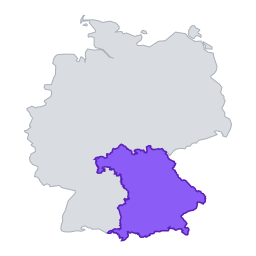 Bayern on a map of Germany (Natural Earth projection)
{"feature_id": "DEU-1591", "entity_name": "Bayern", "entity_type": "State", "adm_level": 1, "iso_a3": "DEU", "parent_name": "Germany", "parent_adm1": "", "projection": "natural_earth1", "projection_center": [10.676, 48.917], "detail": "fine", "context": "in_parent", "style": "filled", "palette": "violet", "viewbox_px": 256, "rotation_deg": 0, "n_neighbors": 0, "source": "natural_earth", "source_scale": "10m", "svg_char_len": 9459}
<svg xmlns="http://www.w3.org/2000/svg" viewBox="0 0 256 256"><path d="M106.9,233.2L99.0,228.9L92.0,229.3L90.9,227.9L88.5,228.0L84.9,225.8L81.8,227.1L81.0,228.4L81.2,229.1L84.4,229.2L84.9,229.9L81.6,231.2L76.3,230.8L70.0,232.0L64.7,231.8L61.6,230.8L60.8,228.8L61.1,225.9L62.4,222.0L62.8,219.1L62.3,217.3L63.0,214.6L65.1,211.0L68.3,200.6L75.3,193.2L75.2,190.7L63.3,188.1L61.3,187.4L59.6,185.5L50.1,186.6L49.4,184.7L46.9,183.8L44.2,185.4L43.3,185.2L39.7,180.6L38.8,178.4L37.1,177.0L34.5,176.7L35.4,172.4L37.8,169.2L38.0,166.6L32.7,164.5L30.1,161.5L29.5,158.0L31.1,154.0L35.5,151.5L35.0,147.6L31.4,145.5L31.1,144.9L32.7,143.4L27.3,138.9L28.6,134.5L27.7,133.1L25.2,132.2L24.4,130.8L26.3,130.5L30.6,127.4L30.8,126.9L29.6,126.5L29.5,125.2L32.4,118.7L32.3,117.6L30.0,114.4L30.0,113.3L26.9,109.7L27.0,108.5L31.9,106.2L36.2,107.9L37.7,106.9L39.8,107.0L44.9,105.4L46.3,103.4L44.4,101.8L44.6,100.5L50.4,96.9L51.3,95.1L51.7,91.9L51.0,90.7L50.3,90.0L45.4,89.4L44.1,87.5L44.6,85.0L45.5,84.6L51.4,84.6L53.8,77.3L55.3,75.0L55.8,66.0L52.7,63.3L54.0,58.1L56.2,55.3L58.0,54.6L65.7,54.1L74.1,54.3L77.6,58.5L76.2,60.7L78.3,61.7L79.3,61.3L80.6,57.3L81.3,56.7L84.8,59.3L84.8,62.8L85.9,58.1L85.2,54.9L85.7,51.7L87.7,49.0L93.9,50.1L100.8,49.6L103.4,50.8L109.2,56.9L113.6,58.2L110.2,56.9L103.1,49.5L95.7,47.6L94.1,45.4L94.2,38.0L91.5,36.5L88.4,37.1L88.0,35.4L88.5,34.1L95.3,32.1L95.4,30.1L89.4,22.9L89.2,19.8L94.3,19.9L100.6,21.4L102.1,22.5L110.1,21.1L116.2,23.2L119.0,26.3L119.2,28.9L115.6,32.0L121.7,31.5L123.2,33.8L126.5,33.0L134.7,36.4L141.0,34.7L142.1,37.5L140.9,40.3L136.5,43.3L137.4,45.2L138.8,45.6L143.0,45.2L149.6,47.0L158.3,41.3L165.3,40.7L175.5,32.1L185.6,33.7L188.3,37.4L195.0,41.4L201.1,41.1L203.4,44.9L204.4,49.6L208.0,52.1L213.2,53.2L214.2,58.1L216.9,65.9L216.9,68.3L216.0,71.0L214.3,73.3L210.9,76.0L210.7,77.5L219.5,84.2L221.9,87.6L220.6,92.4L222.0,94.8L223.4,95.6L224.0,96.8L224.1,99.6L225.2,100.4L223.5,105.5L221.9,107.6L222.4,109.4L224.8,112.6L224.8,116.5L229.7,119.1L231.6,124.4L230.5,128.9L226.2,137.0L222.7,135.9L222.9,134.2L222.3,134.1L221.1,131.9L216.0,130.6L214.5,131.6L217.1,134.6L206.5,138.6L198.8,140.3L196.1,143.3L194.7,142.7L191.6,144.0L190.4,145.9L186.6,146.5L185.0,148.9L180.9,148.2L176.0,149.3L173.9,150.6L169.9,155.5L166.6,151.7L165.8,151.7L165.6,152.9L167.6,155.6L168.3,157.9L174.1,162.0L175.3,163.8L172.6,168.3L178.2,176.4L182.4,180.3L184.7,180.3L189.9,185.3L193.3,187.1L195.9,190.6L199.3,191.1L204.4,195.3L205.5,196.7L204.9,202.0L202.4,203.9L198.0,202.1L195.5,208.6L184.6,213.2L181.5,216.1L181.5,217.0L186.0,222.4L186.0,224.9L184.7,227.4L187.9,228.1L188.4,229.3L187.5,234.5L182.8,232.7L181.9,229.8L179.9,228.9L175.2,229.9L168.9,227.5L168.3,230.4L157.5,231.4L150.0,234.3L147.9,236.1L141.9,237.0L140.5,236.9L138.0,233.3L128.0,232.4L126.4,237.8L125.1,239.4L122.1,240.4L122.5,237.9L119.4,237.0L119.2,235.4L117.2,233.7L112.1,231.7L109.8,233.1L106.9,233.2ZM200.7,34.6L201.3,36.5L200.7,37.4L198.2,35.8L195.7,35.8L194.2,38.3L193.1,38.5L189.2,36.2L188.6,35.1L188.8,30.0L190.0,28.9L190.2,27.3L192.3,25.6L194.2,25.6L195.8,27.9L199.5,29.5L199.8,30.2L197.8,32.2L198.3,33.3L200.7,34.6ZM212.0,46.9L212.1,49.1L205.7,48.9L205.2,47.2L205.6,45.6L203.4,43.8L203.4,41.8L212.0,46.9ZM82.0,21.3L80.6,23.6L80.9,19.6L83.4,15.4L84.4,15.5L83.0,17.4L82.8,19.9L88.3,20.1L87.6,20.8L82.0,21.3ZM146.9,33.6L143.5,33.6L140.9,32.2L142.5,30.3L145.8,31.2L146.9,33.6ZM87.3,25.2L86.4,25.9L83.2,25.1L85.6,23.8L87.0,24.2L87.3,25.2Z" fill="#d9dde1" stroke="#a8b0b8" stroke-width="1"/><path d="M165.9,151.6L165.3,151.6L166.0,152.3L166.1,152.7L166.1,153.1L165.4,153.7L167.6,155.4L167.8,156.2L167.7,157.3L167.9,157.7L168.9,158.4L169.2,159.4L173.1,161.2L173.9,161.3L174.3,161.6L174.2,162.7L175.6,163.5L175.3,164.5L174.7,165.8L174.2,165.7L174.0,167.2L172.7,167.8L172.4,168.2L173.3,169.5L175.0,170.4L175.2,170.7L175.0,171.4L175.3,171.5L175.2,171.8L176.2,172.5L176.6,173.8L177.0,174.7L178.0,175.0L178.1,176.5L178.4,177.4L180.4,178.5L181.2,179.9L181.5,180.2L183.3,180.5L183.8,180.4L183.7,180.1L184.0,180.0L185.2,180.4L186.6,181.3L186.9,182.1L187.9,183.0L190.1,185.4L190.8,186.5L191.4,186.8L192.8,186.8L193.6,187.2L195.2,188.8L195.5,189.3L195.5,190.1L195.9,190.6L197.3,191.5L197.8,191.7L198.2,190.9L198.6,190.8L200.3,191.5L200.7,191.5L200.8,192.0L201.4,193.0L202.2,193.5L203.4,193.8L205.1,196.4L205.5,196.7L204.8,198.2L205.6,198.8L205.3,199.1L205.2,199.4L205.3,201.3L204.6,202.5L203.7,202.8L203.3,203.9L202.3,203.5L202.0,203.0L201.2,202.6L198.8,202.1L197.3,202.4L197.0,202.8L197.4,204.1L197.0,205.2L196.9,206.6L196.2,208.2L193.2,210.2L190.1,210.7L187.7,211.5L185.4,213.1L183.8,213.4L182.9,214.5L181.0,215.9L181.1,216.7L181.5,217.3L183.1,218.8L183.9,220.3L185.5,221.4L186.3,223.0L186.9,223.7L185.4,225.7L185.2,226.5L184.6,227.3L185.0,227.7L186.3,227.9L187.6,227.6L188.6,228.8L188.9,229.6L188.8,230.3L188.5,231.0L188.0,231.4L188.1,232.1L187.8,232.7L188.0,234.1L187.2,234.9L186.5,234.6L185.9,234.8L184.5,233.9L183.2,232.8L182.1,232.3L181.9,231.6L182.2,230.9L182.8,230.6L181.4,229.5L181.6,229.0L179.1,228.8L177.9,229.1L176.5,230.0L175.5,230.1L174.3,229.3L173.8,228.3L172.2,228.6L170.8,228.3L169.5,228.6L169.2,228.1L169.6,227.1L168.1,227.9L168.8,228.8L168.8,229.6L168.7,230.1L168.1,230.8L162.6,230.6L160.6,231.0L159.9,231.7L155.3,231.3L154.6,231.8L154.1,233.1L153.7,233.5L152.1,233.8L150.5,233.7L149.4,234.8L149.9,235.0L150.0,235.2L149.8,235.5L148.0,235.8L147.0,236.8L146.4,237.0L145.9,237.0L145.9,236.2L145.4,236.0L142.9,237.2L140.5,237.1L139.9,236.6L140.1,236.2L140.0,235.9L138.9,234.8L137.7,234.3L137.5,234.1L138.5,233.5L137.7,233.0L135.4,233.5L135.0,233.1L131.3,232.1L130.3,233.0L129.0,232.9L128.3,232.5L128.5,231.8L128.4,231.6L127.8,231.6L127.4,231.8L127.8,232.7L127.6,234.1L128.2,234.7L128.3,235.7L127.7,237.0L127.4,237.4L126.4,237.8L125.8,238.9L124.9,239.7L123.4,240.4L121.5,240.6L121.7,240.1L122.3,239.8L122.7,237.7L122.3,237.5L121.2,237.6L120.9,237.9L120.4,237.8L119.8,238.1L119.1,236.7L119.6,236.3L119.7,236.0L119.5,235.7L118.4,234.3L117.7,234.6L117.2,233.7L116.7,233.2L116.6,232.7L116.0,233.0L114.6,232.7L114.0,232.9L113.5,232.7L113.4,231.7L112.8,231.3L112.2,231.5L111.0,233.0L110.4,233.2L108.9,233.3L107.6,232.9L109.0,231.3L109.9,231.1L110.5,230.6L111.3,230.8L114.7,228.8L116.8,229.2L119.1,228.6L119.6,229.5L119.8,229.3L120.0,228.6L120.8,228.7L120.9,228.3L120.6,226.2L119.7,225.4L119.9,225.1L120.4,225.0L120.9,224.6L120.3,223.3L119.9,223.1L120.3,222.2L120.4,221.1L119.9,220.2L120.2,219.8L120.9,218.2L121.1,216.4L120.4,214.9L119.2,210.3L118.0,208.4L117.7,208.4L117.5,208.0L118.9,206.4L118.9,206.0L119.4,205.4L120.9,204.9L121.5,205.5L123.7,204.4L124.1,203.7L125.3,203.6L125.1,203.4L125.4,202.2L125.1,201.5L125.6,201.1L125.6,200.9L124.5,200.2L124.1,199.6L124.2,199.2L124.7,198.6L125.3,199.0L126.0,199.0L126.5,199.7L127.9,198.5L128.2,198.7L127.9,199.3L128.0,199.6L129.3,198.7L128.8,197.7L128.1,197.5L127.9,197.1L128.0,195.8L128.5,194.9L128.2,194.3L128.4,192.9L128.2,192.6L128.7,192.4L128.7,192.2L128.0,191.1L126.5,189.8L126.2,189.0L124.3,188.4L124.4,188.0L123.9,187.6L124.0,187.2L123.3,186.9L123.8,186.7L124.0,186.2L124.0,185.6L123.5,185.2L123.0,185.4L121.4,184.0L121.7,183.7L121.3,183.2L121.3,182.6L120.9,182.1L121.7,182.1L121.4,181.2L121.5,180.7L120.8,180.1L120.8,179.1L121.2,178.7L121.9,178.8L121.2,177.3L120.6,177.0L121.0,176.1L120.8,175.5L120.9,175.0L120.3,174.7L120.4,174.3L120.0,174.0L119.3,174.5L119.5,175.0L118.7,175.8L116.6,175.8L116.4,173.8L116.0,173.5L116.2,173.2L115.1,173.5L114.9,174.0L114.4,173.9L114.8,173.3L114.8,172.8L115.4,172.1L114.3,171.0L114.2,169.8L113.4,168.9L112.7,169.1L111.8,169.8L111.3,168.9L110.8,169.3L110.7,169.8L110.1,169.8L109.6,169.5L110.0,168.6L110.0,167.6L110.2,167.3L110.1,167.1L109.0,167.4L108.4,167.1L107.7,167.2L106.0,166.7L104.4,167.0L103.0,167.1L102.4,167.6L102.5,168.0L102.4,168.5L103.6,168.9L103.6,169.5L104.0,169.5L104.3,168.9L104.9,169.2L104.7,170.5L104.9,170.9L104.5,171.2L103.8,170.9L101.9,171.4L101.8,171.6L101.8,172.1L101.1,173.0L97.7,173.1L96.9,172.1L97.8,171.2L97.5,169.9L98.3,169.5L98.3,169.0L98.6,168.2L98.0,167.9L98.0,167.7L98.5,166.9L98.3,166.7L97.5,166.6L97.3,166.1L97.3,165.3L96.8,165.6L95.9,163.4L95.9,161.2L96.5,161.3L95.9,159.4L94.8,159.2L95.5,158.8L95.6,157.9L97.9,157.1L98.9,157.5L98.7,157.9L99.6,157.3L99.7,156.8L100.7,156.5L102.8,156.7L103.9,157.2L104.6,158.1L105.5,158.1L106.9,157.6L107.1,157.4L107.0,156.6L107.4,155.9L106.7,155.5L106.9,154.7L106.9,153.9L107.7,153.9L108.0,154.2L108.9,154.2L110.4,153.9L110.3,153.3L110.7,152.7L112.4,151.9L112.3,150.6L113.1,148.7L113.6,148.5L114.2,149.1L114.9,149.1L117.7,148.0L118.4,147.3L119.4,145.7L121.0,144.4L121.1,144.8L122.6,144.8L123.1,145.1L123.4,145.8L125.6,146.5L125.9,147.4L127.2,148.4L127.0,148.9L127.2,149.2L128.3,149.1L129.5,150.5L130.7,150.3L131.0,150.9L131.6,151.3L131.8,152.2L131.6,152.8L131.9,153.5L132.0,154.0L133.7,154.3L134.5,154.7L134.9,153.5L136.3,153.5L137.0,153.7L137.3,153.6L137.2,152.9L136.6,152.7L136.3,152.3L135.6,152.2L134.4,151.4L134.5,150.3L135.3,150.3L136.0,149.5L136.5,149.6L138.0,149.3L138.5,149.6L139.6,149.5L140.6,150.6L140.8,150.2L141.4,150.2L142.0,150.6L143.4,150.1L144.4,151.2L143.9,151.7L144.1,152.0L145.2,152.8L145.6,152.4L146.6,152.7L146.9,151.9L146.7,151.4L147.0,150.5L147.2,150.3L146.7,149.0L146.8,148.3L146.5,147.0L148.0,146.4L148.2,146.0L148.7,145.7L150.5,145.8L150.8,146.3L150.4,146.6L150.4,147.9L151.1,148.3L151.7,148.3L151.9,149.2L152.8,149.7L153.5,149.6L153.8,149.3L155.0,149.5L158.7,148.7L159.5,149.1L159.7,149.4L162.0,148.6L163.1,149.5L163.3,150.6L164.6,151.2L165.7,151.4L165.9,151.6Z" fill="#8b5cf6" stroke="#5b21b6" stroke-width="1.5"/></svg>